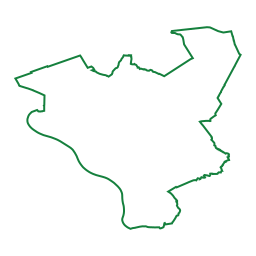 outline of Zwolle, Overijssel, Netherlands
{"feature_id": "6326949B35922882821703", "entity_name": "Zwolle", "entity_type": "district", "adm_level": 2, "iso_a3": "NLD", "parent_name": "Netherlands", "parent_adm1": "Overijssel", "projection": "equal_earth", "projection_center": [6.14, 52.514], "detail": "fine", "context": "isolated", "style": "outline", "palette": "green", "viewbox_px": 256, "rotation_deg": 0, "n_neighbors": 0, "source": "geoboundaries", "source_scale": "gbopen_adm2", "svg_char_len": 5583}
<svg xmlns="http://www.w3.org/2000/svg" viewBox="0 0 256 256"><path d="M231.2,31.3L223.5,32.5L222.9,32.4L218.1,31.1L210.2,27.5L209.7,27.4L207.0,27.2L171.9,31.0L171.6,31.5L171.7,32.1L171.9,32.3L171.9,32.5L171.6,32.7L171.8,32.9L172.5,33.0L172.8,32.9L173.5,33.0L175.0,33.0L176.5,33.8L177.9,34.3L180.0,34.4L180.5,34.7L181.4,35.6L182.1,36.7L182.6,37.0L182.8,37.5L183.3,39.6L184.1,44.4L192.8,58.2L190.9,59.0L190.5,59.2L164.2,76.2L160.2,74.2L159.2,73.8L158.9,74.0L155.0,72.1L153.1,71.8L152.7,71.5L152.6,71.2L152.3,70.6L152.0,70.4L151.3,70.1L150.6,69.9L150.3,69.9L150.0,70.1L149.2,70.7L148.4,70.7L147.1,70.5L146.3,70.1L145.7,69.5L145.2,69.5L144.7,69.5L144.4,69.2L144.2,69.2L144.4,69.4L144.1,69.4L143.7,69.5L140.8,68.6L139.8,69.0L139.1,67.9L138.9,67.5L138.7,67.5L138.6,67.4L138.1,67.5L138.2,67.2L137.8,67.1L137.3,66.8L137.0,66.2L136.5,65.3L136.0,64.8L134.9,64.4L134.6,64.4L134.4,64.0L133.8,64.3L133.4,64.3L132.1,64.3L131.0,64.0L130.8,63.9L130.8,63.7L131.0,63.1L130.9,63.0L131.1,61.4L131.5,59.0L131.3,57.0L131.1,57.0L131.0,56.6L131.1,55.3L128.9,55.2L128.9,55.7L124.9,55.5L123.8,55.3L123.3,56.2L123.2,56.8L121.4,59.2L121.0,60.3L119.1,62.2L118.7,63.6L118.6,64.6L118.4,65.4L118.1,65.9L117.8,67.0L117.6,67.3L117.4,67.5L116.9,67.9L115.8,68.2L115.3,68.6L112.9,71.2L112.6,71.8L112.4,73.2L112.1,73.6L111.9,74.3L108.6,76.6L107.2,75.8L106.9,75.9L106.6,75.6L105.6,75.2L103.2,74.8L99.6,73.8L96.5,72.3L96.1,71.7L95.3,71.4L93.5,71.0L92.1,70.3L94.2,69.6L93.2,67.9L91.4,66.5L87.7,67.8L84.2,62.1L84.0,61.7L83.8,61.5L81.4,57.4L81.2,57.2L81.1,56.9L80.1,55.5L47.7,66.8L47.4,66.2L31.0,72.0L31.5,72.9L15.4,78.5L18.2,83.3L18.6,84.0L18.8,84.5L19.0,85.1L19.3,85.7L19.9,85.9L19.9,86.0L27.3,88.3L27.2,88.2L32.6,90.1L32.9,90.2L32.9,90.3L39.3,93.0L44.5,95.4L44.3,105.0L43.9,105.6L44.2,105.9L44.2,106.2L44.2,110.8L43.2,111.0L42.3,111.2L42.0,111.4L41.2,111.3L40.5,111.5L39.7,111.5L39.0,111.4L38.4,111.4L37.1,110.0L31.7,112.0L29.9,113.8L29.0,114.9L28.3,116.3L27.5,118.8L27.4,119.7L27.4,120.8L27.5,121.9L27.8,122.9L28.0,123.5L28.8,124.9L30.0,126.6L31.8,128.4L33.6,129.8L36.9,132.0L38.1,132.7L39.7,133.5L43.5,135.1L51.2,137.3L55.4,138.9L57.5,139.8L60.3,141.3L69.2,146.9L70.8,148.0L72.6,149.6L73.2,150.4L74.9,152.9L76.6,156.0L77.8,159.0L78.7,161.0L79.6,162.6L80.8,164.4L82.1,166.1L83.2,167.4L85.5,169.4L87.1,170.6L89.4,172.1L90.9,172.9L93.0,173.9L96.3,175.1L102.6,176.8L104.9,177.5L106.9,178.3L108.5,179.1L111.4,181.0L113.8,182.7L114.6,183.4L117.8,186.4L119.6,188.5L120.3,189.5L120.8,190.4L121.6,192.2L122.0,193.4L122.2,194.9L122.3,198.3L122.5,200.6L122.9,203.0L123.6,205.7L123.8,207.0L123.9,208.2L124.0,209.8L124.0,211.6L123.8,213.5L123.4,215.4L122.4,218.3L122.3,218.8L122.2,220.0L122.6,221.6L123.2,223.0L123.9,224.1L124.9,225.3L125.6,225.9L126.9,226.9L128.0,227.6L130.5,228.8L132.7,228.1L134.1,227.9L134.8,227.9L135.3,227.7L139.8,226.7L142.6,226.3L144.2,226.4L145.2,226.3L145.8,226.3L147.7,227.0L149.0,227.2L154.9,227.4L159.2,227.3L159.9,228.3L160.5,228.4L162.0,227.9L163.0,227.4L163.3,227.3L163.6,226.9L163.6,226.6L164.0,225.6L164.1,224.8L164.1,224.5L164.2,224.2L164.4,223.2L164.8,223.0L165.6,224.4L172.0,223.4L172.4,222.3L172.9,221.9L173.9,220.4L175.2,218.4L176.5,215.9L176.7,215.7L177.9,215.5L178.1,215.3L178.4,215.0L178.5,213.6L178.6,213.3L179.3,212.8L179.6,212.2L180.1,210.8L180.1,210.3L179.9,209.6L179.1,208.5L178.4,208.1L178.1,207.7L176.9,205.6L177.0,205.3L177.3,204.5L177.2,203.9L177.2,203.1L177.0,202.7L176.4,201.8L176.3,201.7L176.3,201.3L176.6,201.3L176.6,201.2L177.1,201.2L177.1,200.7L176.9,200.5L176.6,200.2L176.4,199.8L175.9,199.3L174.6,198.0L173.0,195.6L171.8,194.3L170.8,193.3L169.9,192.7L168.2,191.6L176.0,186.9L176.6,187.4L187.8,182.6L188.2,182.4L188.4,182.3L193.4,180.3L195.4,180.1L196.3,180.4L197.7,178.3L200.1,178.7L200.2,178.8L200.1,179.1L200.4,179.0L201.4,177.2L202.2,177.3L202.3,177.4L203.0,177.7L204.6,177.7L205.0,177.5L203.9,175.6L204.5,175.0L207.7,175.5L208.0,175.7L208.7,175.8L209.4,176.0L209.6,176.0L209.7,175.7L210.2,175.0L210.3,174.7L210.4,174.0L210.3,173.7L211.0,173.6L212.6,173.7L212.7,174.0L212.8,174.0L216.7,173.9L217.5,173.8L217.7,173.4L218.6,172.4L220.4,172.4L220.8,172.5L221.6,170.8L222.1,170.8L222.0,170.6L221.2,168.2L220.6,167.3L220.7,167.1L221.7,166.2L222.1,166.2L222.4,165.6L222.8,165.2L223.1,164.8L223.1,164.6L222.9,164.5L224.2,162.7L224.4,162.4L225.5,161.9L225.1,161.5L225.7,161.2L226.5,160.9L227.3,160.5L228.1,160.2L229.2,160.0L229.2,159.9L230.0,159.7L229.1,159.9L227.6,157.2L228.9,156.7L229.0,156.1L228.9,155.9L228.5,155.5L228.8,154.8L228.8,154.5L228.9,154.3L228.6,153.9L228.3,153.7L226.7,153.2L225.5,153.6L225.3,153.3L224.5,152.8L224.0,152.6L223.6,152.3L223.3,152.3L223.0,151.9L222.7,151.9L222.4,151.8L222.1,151.6L222.0,151.3L221.5,151.0L220.8,150.9L220.6,150.7L220.5,150.2L220.3,150.0L219.6,150.2L219.3,150.2L219.1,149.9L219.2,149.6L219.2,149.4L217.8,148.8L217.4,149.1L216.8,148.3L216.3,148.2L216.0,148.0L215.5,146.8L215.6,146.3L215.5,146.0L214.6,145.4L214.3,145.3L214.5,144.0L214.2,142.7L213.3,141.8L212.0,140.3L211.4,139.8L211.9,139.2L212.0,138.8L212.0,138.3L211.9,137.9L211.6,137.6L211.8,137.2L211.6,136.8L202.8,125.3L201.8,124.2L199.9,121.7L201.3,121.3L205.7,120.9L209.3,120.9L209.9,121.1L210.4,121.0L210.4,120.8L210.0,120.7L210.2,119.9L210.5,118.9L213.9,116.4L215.7,115.3L215.5,114.9L215.3,113.5L215.5,113.1L216.2,112.1L217.4,110.3L221.3,103.9L217.6,98.0L218.3,96.8L218.2,96.8L220.4,92.8L221.0,92.2L221.0,91.5L223.6,86.7L223.9,86.6L225.1,84.5L224.8,84.7L224.6,84.6L225.2,83.6L234.4,66.5L234.6,66.4L234.6,66.2L235.6,64.2L240.6,54.8L239.2,53.8L235.0,44.7L234.8,44.6L233.9,40.5L233.7,40.5L232.9,36.4L232.6,36.3L231.2,31.3Z" fill="none" stroke="#15803d" stroke-width="2"/></svg>